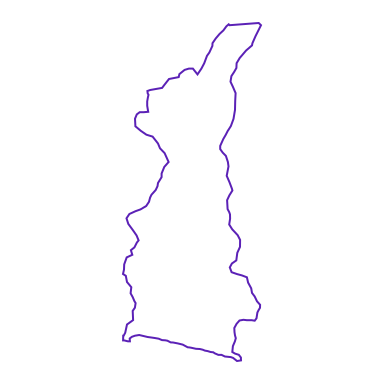 Pyrgos Lemesou, Limassol, Cyprus
{"feature_id": "46923920B45908077998395", "entity_name": "Pyrgos Lemesou", "entity_type": "district", "adm_level": 2, "iso_a3": "CYP", "parent_name": "Cyprus", "parent_adm1": "Limassol", "projection": "orthographic", "projection_center": [33.184, 34.741], "detail": "fine", "context": "isolated", "style": "outline", "palette": "violet", "viewbox_px": 384, "rotation_deg": 0, "n_neighbors": 0, "source": "geoboundaries", "source_scale": "gbopen_adm2", "svg_char_len": 2483}
<svg xmlns="http://www.w3.org/2000/svg" viewBox="0 0 384 384"><path d="M228.7,24.3L226.4,26.3L223.4,30.4L219.6,33.9L215.7,38.5L212.5,43.2L212.4,45.9L209.3,52.6L207.0,55.8L204.2,63.3L201.4,68.6L197.5,74.4L192.9,68.6L188.9,68.6L184.6,69.9L179.4,74.1L178.7,77.1L169.0,79.0L164.2,85.1L162.1,87.9L154.7,89.2L150.2,90.0L147.4,91.0L147.7,93.4L148.5,94.8L147.9,97.4L147.2,101.4L147.2,105.8L148.2,111.8L143.7,112.2L139.7,112.2L136.8,114.4L135.0,118.7L135.4,126.3L140.9,130.9L146.4,134.7L152.6,136.6L158.0,143.5L160.0,148.3L164.6,153.1L168.6,162.0L164.3,166.9L161.6,173.5L161.6,177.1L158.0,183.0L157.5,186.2L155.7,190.0L151.5,194.7L150.1,197.6L149.0,201.8L146.2,206.0L140.5,209.4L135.5,211.2L129.4,214.0L126.5,218.3L128.3,223.9L133.0,230.3L136.6,235.5L138.6,240.4L136.9,242.5L134.4,247.4L130.9,250.2L132.3,254.8L126.7,257.4L124.2,264.4L124.0,269.6L123.0,274.0L125.8,275.8L127.0,282.0L131.3,287.2L130.6,293.3L132.7,297.1L134.4,301.1L135.6,303.1L134.9,307.7L132.7,310.9L133.1,320.1L127.0,324.5L125.2,332.8L123.4,336.2L123.2,336.1L123.1,340.4L124.2,340.4L127.8,341.3L129.9,341.3L129.7,338.5L131.9,336.8L135.0,335.7L139.2,335.0L147.6,337.0L151.3,337.5L154.7,338.0L158.7,338.7L162.0,340.1L165.2,340.3L167.4,340.7L170.7,342.4L173.1,342.5L177.7,343.4L182.7,344.6L187.7,347.3L189.2,347.4L191.0,347.7L196.0,348.8L199.8,349.0L202.7,349.7L204.9,350.6L207.7,351.1L210.6,352.0L213.3,352.3L214.7,353.3L218.4,354.9L221.6,354.9L224.9,356.5L227.9,356.8L230.8,357.1L233.1,357.9L237.0,361.0L241.0,360.4L240.9,357.5L238.8,354.8L235.0,353.6L232.3,352.0L232.9,346.1L234.9,341.4L235.8,338.2L235.0,335.4L234.5,332.1L234.3,328.0L236.6,323.8L239.5,320.5L243.4,319.8L246.9,320.2L251.7,320.2L254.7,320.7L256.5,318.3L257.4,312.5L258.6,310.1L260.0,307.8L260.1,304.8L257.0,301.3L254.7,296.5L252.0,292.9L251.2,288.3L248.1,282.6L246.9,277.3L241.9,275.4L237.1,274.1L231.6,272.2L229.8,267.4L231.9,263.5L236.3,260.4L237.3,252.8L240.0,246.9L240.1,239.9L237.7,235.2L232.2,229.3L229.2,224.5L230.1,218.7L230.0,214.4L229.2,212.1L227.6,209.1L227.1,200.2L229.4,195.3L232.4,190.5L231.9,188.6L229.4,182.0L226.7,175.8L228.5,166.4L227.9,162.0L225.9,155.9L222.7,152.6L220.2,149.1L220.2,145.9L223.3,139.0L225.7,134.9L227.8,130.8L228.5,129.8L230.9,126.0L233.5,118.9L235.0,109.9L235.2,101.1L235.6,93.1L232.9,86.8L230.5,81.7L231.4,76.1L234.1,72.0L236.4,68.0L236.6,63.2L239.7,58.0L246.1,50.5L252.0,45.4L252.4,43.3L253.4,41.0L255.5,36.2L258.6,30.0L261.0,25.2L258.7,23.0L229.5,25.2L228.7,24.3Z" fill="none" stroke="#5b21b6" stroke-width="2"/></svg>